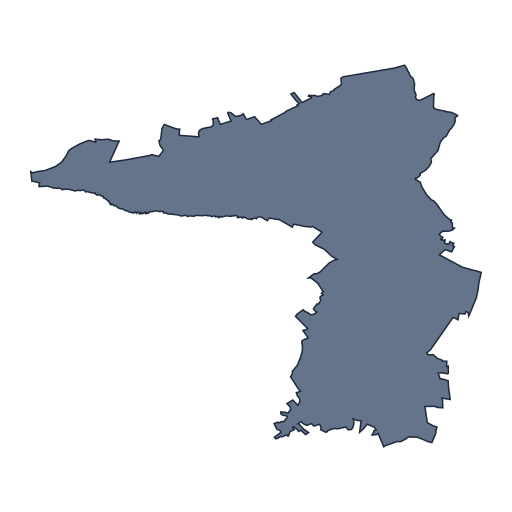 Sarmasag, Salaj, Romania (Robinson projection)
{"feature_id": "2599482B62977732214106", "entity_name": "Sarmasag", "entity_type": "district", "adm_level": 2, "iso_a3": "ROU", "parent_name": "Romania", "parent_adm1": "Salaj", "projection": "robinson", "projection_center": [22.809, 47.327], "detail": "fine", "context": "isolated", "style": "filled", "palette": "slate", "viewbox_px": 512, "rotation_deg": 0, "n_neighbors": 0, "source": "geoboundaries", "source_scale": "gbopen_adm2", "svg_char_len": 6040}
<svg xmlns="http://www.w3.org/2000/svg" viewBox="0 0 512 512"><path d="M298.9,431.5L300.8,430.2L305.5,434.6L308.6,432.6L303.2,428.7L298.7,423.7L298.2,423.7L301.3,421.6L302.8,423.4L306.0,425.2L307.4,425.3L307.4,424.9L311.8,423.7L313.2,425.5L314.5,426.1L317.5,424.7L319.8,424.5L321.2,428.1L320.6,429.7L325.8,432.3L327.2,431.7L327.9,430.6L332.3,429.0L334.7,428.5L337.8,428.8L345.7,427.0L348.3,429.9L351.4,429.5L352.9,427.4L353.9,423.5L353.8,420.8L353.1,418.9L357.2,420.5L361.1,420.7L359.6,432.3L364.0,428.3L367.2,424.2L374.3,427.3L376.4,429.9L374.0,430.5L373.3,433.0L372.0,435.0L376.5,434.6L378.1,433.5L383.8,446.8L385.1,445.8L396.9,441.6L400.8,441.6L406.3,438.7L408.7,436.6L410.5,437.2L414.3,437.0L418.3,437.5L428.2,441.7L431.9,442.6L435.8,433.2L436.0,430.6L437.0,427.0L433.2,425.9L427.3,422.6L424.9,406.5L434.1,406.3L437.8,407.5L442.8,407.8L442.6,400.3L441.8,398.1L450.2,399.5L448.5,386.8L448.2,380.8L441.8,378.8L440.2,379.0L438.2,373.0L442.3,372.8L447.2,373.8L448.3,373.4L448.3,366.1L446.6,366.6L446.8,361.2L442.6,361.2L442.5,360.6L441.1,359.7L437.7,358.7L435.7,356.7L434.4,356.1L434.0,355.1L432.2,354.6L431.6,355.2L430.3,354.6L427.7,354.7L426.7,353.2L430.8,349.3L452.9,317.7L453.8,317.7L458.0,319.8L459.0,313.5L465.0,314.0L465.9,311.6L468.0,312.4L468.8,316.1L476.3,298.0L478.1,289.7L478.9,282.7L481.3,272.4L462.4,267.2L439.3,254.8L445.1,249.6L451.6,251.9L454.5,246.5L452.7,245.8L453.8,243.2L452.0,242.9L450.5,241.7L449.9,241.5L448.9,244.2L447.4,243.8L447.2,244.3L444.2,243.0L445.1,241.0L444.9,239.8L443.0,240.4L440.9,239.5L441.0,239.0L442.2,238.8L442.8,237.4L441.6,236.9L439.2,234.2L442.4,231.4L449.5,231.0L452.7,229.8L454.5,228.2L452.5,227.9L452.3,223.0L450.7,221.6L451.6,220.2L449.1,219.1L444.1,214.6L436.3,203.6L433.8,201.0L431.1,199.6L426.5,194.6L421.9,187.0L420.3,182.2L415.1,179.1L415.9,178.0L416.9,178.1L419.5,175.9L420.2,175.1L420.3,173.4L425.9,170.0L429.3,166.2L431.5,162.1L430.7,158.7L438.1,150.4L439.9,143.4L441.2,140.9L444.2,137.3L446.2,136.2L450.0,129.4L451.3,128.4L453.9,124.7L455.4,120.8L454.8,117.7L457.6,115.9L457.3,115.2L451.4,112.3L445.8,111.7L446.0,111.4L436.1,109.3L433.5,107.7L433.7,97.6L434.3,94.3L433.7,93.5L419.6,100.5L416.5,99.5L415.5,97.2L416.1,94.9L414.1,90.0L414.6,83.8L413.2,78.7L410.0,75.5L408.9,72.5L407.8,71.2L407.3,69.4L404.6,65.2L394.3,68.1L343.6,76.7L341.2,77.9L340.9,78.7L341.5,83.5L340.6,85.2L334.2,89.4L333.5,90.7L330.5,91.7L329.6,94.4L323.3,93.6L321.9,95.5L317.8,96.4L314.3,95.3L312.2,95.7L311.8,95.3L310.2,96.1L309.3,95.1L308.7,95.3L308.4,96.2L310.9,96.8L311.5,97.8L302.1,102.6L294.1,92.5L290.9,94.0L294.7,99.0L299.1,103.7L297.1,104.8L297.9,105.8L286.1,111.2L284.6,112.7L270.9,119.9L271.5,120.7L261.2,124.3L254.6,116.7L246.5,119.5L243.3,113.8L241.0,115.4L235.5,116.5L230.9,112.7L228.1,112.3L227.7,113.2L231.1,121.0L220.3,124.4L217.6,117.7L212.5,118.9L213.2,120.7L213.2,125.2L211.3,126.8L202.4,128.6L199.5,130.3L199.6,130.9L198.5,132.2L198.9,136.8L179.1,135.3L179.7,129.1L177.5,129.1L173.0,127.8L164.3,124.4L162.0,128.4L160.7,139.2L158.9,140.9L160.0,145.5L163.1,149.8L163.0,150.9L158.8,156.4L151.7,154.6L149.5,155.5L126.8,159.7L109.6,162.2L119.2,141.0L113.2,140.9L108.4,139.2L101.7,139.7L94.9,139.2L96.0,141.6L95.5,142.2L90.8,140.7L88.2,140.5L79.8,143.9L71.7,148.3L68.6,150.8L66.5,155.3L61.4,162.4L55.2,166.6L44.7,170.6L37.7,171.5L32.9,172.8L30.7,171.6L31.9,181.4L33.9,181.4L39.6,183.0L38.8,186.3L39.2,186.6L48.1,186.1L49.4,186.9L50.9,186.8L52.8,188.0L60.7,188.4L62.4,189.9L64.1,189.1L68.9,189.3L75.3,191.0L78.2,190.2L80.1,190.7L82.6,189.9L84.0,190.3L85.8,192.0L87.1,191.6L92.5,193.0L95.3,193.1L95.2,193.8L96.5,194.8L97.6,195.2L99.3,194.6L100.3,195.6L103.3,196.4L103.3,197.4L103.8,198.1L105.2,198.1L105.7,199.2L106.9,199.5L107.3,200.5L108.9,201.1L108.8,201.8L109.7,203.1L111.2,203.8L110.3,204.2L110.5,204.7L113.3,204.7L113.9,205.7L115.9,205.9L118.1,207.8L120.8,208.9L122.7,208.8L125.4,210.7L126.7,210.6L128.7,211.8L132.4,212.8L133.6,212.3L133.9,213.0L134.7,212.8L135.6,211.9L136.7,213.3L137.0,212.5L138.3,212.2L139.3,212.7L139.2,213.8L139.6,213.9L140.9,212.4L141.1,213.7L143.2,213.5L143.8,212.5L145.0,212.1L145.5,212.3L145.0,212.7L145.5,213.7L146.8,212.8L146.9,213.4L148.6,213.2L149.8,211.5L151.4,211.8L156.5,210.7L157.6,211.4L163.3,211.5L163.7,213.0L166.1,212.9L167.3,213.8L178.1,214.9L181.3,216.1L185.3,215.3L187.8,216.5L190.0,215.9L194.4,216.3L195.6,215.4L202.3,215.7L206.1,215.2L208.0,215.9L210.0,215.7L211.7,216.6L214.6,215.9L215.8,217.0L217.1,216.3L218.1,216.6L218.4,217.7L219.4,217.4L219.9,216.4L221.5,217.1L226.1,215.9L231.2,216.4L232.4,215.6L233.7,216.1L235.3,215.4L236.9,215.8L237.5,216.5L237.4,217.3L238.1,217.0L238.2,217.6L241.6,216.9L242.4,218.1L242.9,218.1L243.3,217.3L244.5,217.0L247.2,218.8L250.1,219.4L251.6,218.9L251.8,219.5L253.3,218.4L255.5,218.2L256.4,218.8L257.1,217.4L260.4,216.7L267.3,220.7L269.1,218.1L279.4,219.7L292.4,227.2L293.6,224.2L306.4,226.7L311.4,227.0L312.4,226.4L322.0,232.2L312.7,242.1L313.0,242.6L315.5,245.0L324.3,249.3L332.2,256.6L337.2,259.3L334.3,260.1L329.3,262.8L320.4,271.7L317.0,273.7L314.3,273.7L308.3,278.0L310.9,277.9L318.2,283.7L322.3,290.5L323.3,291.4L321.4,293.4L323.2,295.0L320.3,296.5L319.9,298.0L320.7,300.3L319.9,302.0L317.8,304.4L317.0,303.9L313.4,308.8L313.8,309.8L316.8,312.1L316.2,312.7L313.4,314.4L310.7,314.7L307.3,312.3L305.1,311.6L303.2,309.7L296.7,314.5L295.5,316.4L307.7,328.6L306.1,329.7L302.9,330.4L308.1,337.9L302.2,340.5L301.7,342.7L302.3,344.7L302.5,348.4L302.1,351.7L300.4,357.8L297.3,365.3L292.4,371.2L292.1,374.6L290.5,376.7L298.3,388.8L300.5,391.3L296.3,392.7L297.4,395.9L299.7,398.8L299.8,401.8L297.9,405.3L292.8,400.0L286.9,403.6L290.3,407.0L290.5,410.3L289.1,411.4L288.0,413.2L285.2,412.3L280.8,411.9L280.8,413.7L281.8,414.8L287.2,416.2L286.8,418.4L285.4,419.4L284.0,421.6L281.6,421.5L278.5,422.9L277.7,422.1L274.1,423.6L276.9,429.3L280.4,430.8L281.0,432.3L274.3,437.3L275.8,438.8L277.8,438.3L280.8,436.3L281.8,436.9L286.5,435.0L287.6,435.0L287.9,436.2L288.5,436.0L290.0,431.6L294.3,429.7L292.6,427.5L293.9,426.5L295.8,428.5L296.7,428.7L297.6,430.4L298.9,431.5Z" fill="#64748b" stroke="#1e293b" stroke-width="1.5"/></svg>